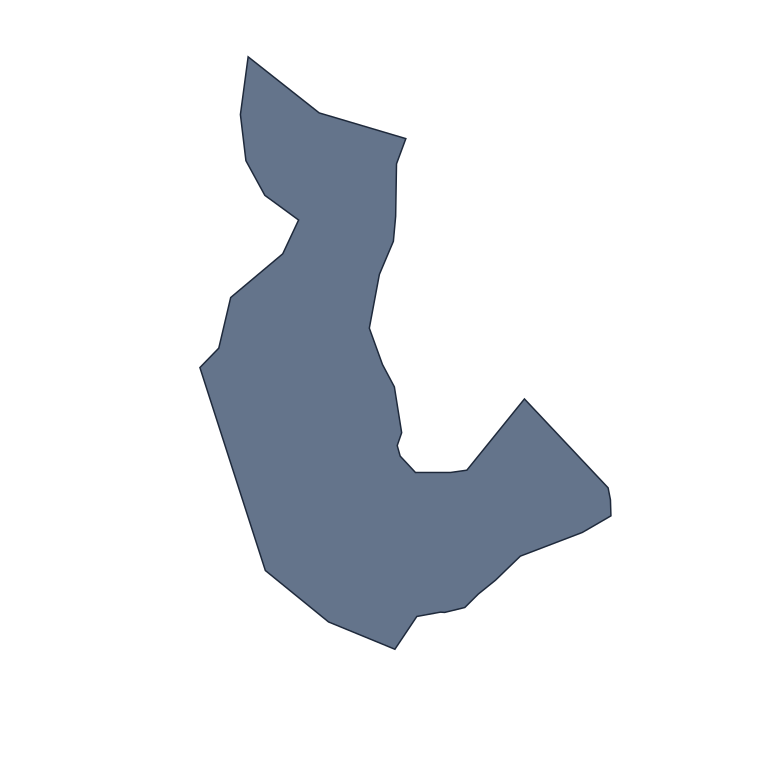 the border of Piran, rotated 25°
{"feature_id": "SVN-1033", "entity_name": "Piran", "entity_type": "Municipality", "adm_level": 1, "iso_a3": "SVN", "parent_name": "Slovenia", "parent_adm1": "", "projection": "orthographic", "projection_center": [13.635, 45.499], "detail": "fine", "context": "isolated", "style": "filled", "palette": "slate", "viewbox_px": 768, "rotation_deg": 25, "n_neighbors": 0, "source": "natural_earth", "source_scale": "10m", "svg_char_len": 674}
<svg xmlns="http://www.w3.org/2000/svg" viewBox="0 0 768 768"><g transform="rotate(25 384 384)"><path d="M434.3,623.1L433.9,623.0L355.3,603.2L210.2,446.9L219.1,421.3L208.5,370.4L237.2,308.8L237.3,271.5L196.3,263.4L164.5,240.0L140.0,200.5L122.6,144.9L210.7,165.7L300.1,152.4L302.3,179.2L323.7,227.1L332.2,250.7L333.5,286.6L347.1,339.6L374.4,367.0L394.6,382.2L420.6,420.7L422.0,434.2L429.1,442.5L449.9,450.9L481.8,436.0L495.5,427.1L517.6,338.2L631.0,383.4L638.2,393.3L645.4,407.6L626.5,434.7L580.3,482.4L568.0,514.6L558.2,534.6L551.7,552.4L535.5,565.4L531.6,566.9L512.0,580.8L506.2,618.3L506.0,619.8L434.3,623.1Z" fill="#64748b" stroke="#1e293b" stroke-width="1.5"/></g></svg>